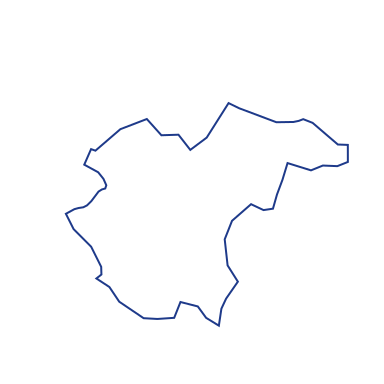 the Municipality of Kandavas, rotated 37°
{"feature_id": "LVA-5765", "entity_name": "Kandavas", "entity_type": "Municipality", "adm_level": 1, "iso_a3": "LVA", "parent_name": "Latvia", "parent_adm1": "", "projection": "orthographic", "projection_center": [22.707, 56.973], "detail": "fine", "context": "isolated", "style": "outline", "palette": "blue", "viewbox_px": 384, "rotation_deg": 37, "n_neighbors": 0, "source": "natural_earth", "source_scale": "10m", "svg_char_len": 880}
<svg xmlns="http://www.w3.org/2000/svg" viewBox="0 0 384 384"><g transform="rotate(37 192 192)"><path d="M89.5,235.0L85.6,218.5L90.0,217.1L97.0,184.9L112.0,160.9L133.4,165.1L146.7,154.4L165.3,159.4L171.0,139.7L167.7,99.0L179.4,96.7L217.4,85.5L230.9,75.0L234.5,70.9L237.0,66.9L246.7,64.2L279.9,66.3L288.1,60.6L298.4,74.2L292.5,83.9L280.6,92.1L274.0,103.1L250.9,111.4L256.9,127.8L261.4,142.9L266.7,156.6L260.0,163.4L246.5,166.2L241.3,190.9L246.6,210.1L264.6,229.2L282.6,236.0L283.4,256.6L285.7,267.5L293.9,282.6L279.0,284.0L265.5,279.9L249.0,286.8L253.5,303.2L240.8,314.2L229.3,321.9L199.9,323.4L183.2,317.6L167.7,318.6L169.3,312.4L164.5,306.4L144.4,296.4L119.8,292.9L104.4,285.3L108.4,276.5L111.0,273.1L114.4,269.6L116.2,265.9L117.1,259.9L117.1,247.9L118.5,244.2L120.6,241.4L119.5,238.2L113.4,234.8L105.2,232.7L89.5,235.0Z" fill="none" stroke="#1e3a8a" stroke-width="2"/></g></svg>